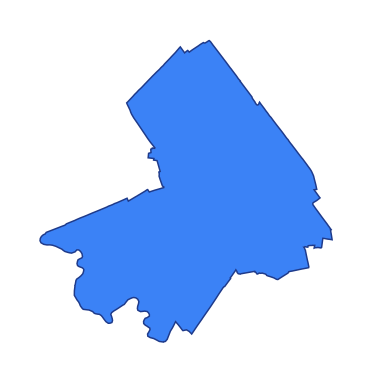 outline of Potlogi, Dâmbovita, Romania, rotated 7°
{"feature_id": "2599482B54531699533489", "entity_name": "Potlogi", "entity_type": "district", "adm_level": 2, "iso_a3": "ROU", "parent_name": "Romania", "parent_adm1": "Dâmbovita", "projection": "mercator", "projection_center": [25.597, 44.573], "detail": "fine", "context": "isolated", "style": "filled", "palette": "blue", "viewbox_px": 384, "rotation_deg": 7, "n_neighbors": 0, "source": "geoboundaries", "source_scale": "gbopen_adm2", "svg_char_len": 5818}
<svg xmlns="http://www.w3.org/2000/svg" viewBox="0 0 384 384"><g transform="rotate(7 192 192)"><path d="M182.1,344.4L182.3,343.9L183.1,343.8L183.5,343.7L183.8,343.5L184.1,343.2L184.6,342.3L184.9,341.9L185.3,341.4L187.5,332.8L189.1,329.3L189.9,327.2L191.5,322.7L194.6,325.5L196.8,327.7L199.0,330.0L199.9,330.7L203.3,329.5L206.2,330.7L209.0,333.0L210.0,331.1L213.6,324.0L217.0,317.6L217.3,317.1L217.8,316.0L224.4,303.5L228.9,294.5L231.1,289.9L234.4,283.4L235.1,282.3L236.0,281.8L239.7,275.2L240.9,273.2L240.4,272.6L241.3,271.1L244.5,265.1L245.0,263.9L245.5,264.5L246.3,265.4L246.6,266.4L247.9,267.5L250.0,267.6L250.5,267.2L263.9,263.1L264.2,263.8L264.8,263.7L265.4,264.3L266.0,264.9L266.6,265.5L267.4,265.2L267.8,264.9L268.2,264.5L269.0,264.2L269.5,264.4L270.5,264.2L271.8,263.9L272.4,264.1L273.2,264.2L274.0,264.3L274.5,264.4L275.6,264.8L276.3,265.7L277.4,266.0L279.7,266.4L282.1,266.9L283.9,267.3L286.3,268.3L287.1,268.4L287.9,268.4L288.6,267.8L292.2,264.8L297.0,260.9L297.6,260.1L297.8,259.3L299.2,258.8L300.4,258.4L300.6,258.4L310.5,255.0L313.7,254.0L317.0,252.9L317.1,252.0L316.9,251.5L316.5,250.3L315.7,247.9L314.8,245.5L311.9,236.9L311.8,236.7L311.7,236.0L311.0,235.1L310.5,234.0L309.9,233.3L310.3,233.3L310.5,233.0L310.7,232.5L311.5,232.5L312.2,232.6L313.0,232.7L313.7,232.6L313.7,231.4L314.1,231.1L316.2,230.6L317.1,230.5L317.8,230.4L318.1,230.2L318.8,230.2L320.3,230.0L320.1,232.1L320.1,232.8L321.0,232.3L322.8,232.0L323.4,231.8L323.5,231.7L326.7,231.8L327.0,231.7L327.4,231.2L327.5,222.0L329.0,222.0L330.6,222.1L332.2,222.2L334.3,222.2L336.9,222.3L335.7,218.1L334.8,215.2L334.1,212.7L334.6,212.7L334.8,212.5L333.1,210.7L332.4,209.9L331.4,208.9L330.2,207.5L324.4,201.5L316.3,192.9L314.9,191.3L313.6,189.9L313.4,189.3L313.3,188.7L313.4,188.2L313.7,187.8L314.1,187.4L315.5,186.3L316.8,185.3L319.7,182.4L319.8,182.2L319.7,182.1L319.3,181.8L319.2,181.7L312.9,174.9L313.8,174.6L314.1,174.5L314.5,174.4L315.2,174.3L315.5,174.2L314.0,169.8L311.5,163.4L310.8,161.5L310.4,160.7L308.6,157.7L307.8,156.5L306.2,154.6L303.9,152.2L303.3,151.5L297.6,145.5L297.0,145.0L294.8,142.8L291.4,139.3L289.2,137.0L287.3,135.1L285.2,132.9L284.1,131.9L282.1,129.8L281.6,129.1L280.8,128.2L279.9,127.5L278.8,126.4L274.4,121.7L273.9,121.2L272.4,119.7L270.0,117.3L268.1,115.4L267.6,114.9L264.4,111.6L262.7,109.8L261.6,108.6L260.6,107.7L260.0,107.3L258.8,106.0L257.5,104.5L255.2,102.2L253.6,100.4L249.8,96.5L248.1,94.6L247.7,95.6L247.6,96.5L247.5,96.8L247.1,97.3L246.7,97.6L246.3,97.7L245.9,97.6L245.5,97.4L244.9,96.9L244.6,96.5L243.8,95.6L243.7,95.2L241.3,92.6L240.4,91.5L239.9,90.3L236.7,87.0L228.6,78.6L226.5,76.4L226.3,76.4L226.3,76.1L226.4,75.9L224.6,74.3L224.2,74.0L223.9,73.6L223.7,73.4L223.4,73.0L222.5,72.0L221.6,71.0L217.8,67.1L215.8,65.0L214.8,64.1L211.4,60.5L209.6,58.6L207.3,56.3L206.3,55.2L204.9,53.8L201.0,49.8L197.0,45.7L195.3,44.0L194.7,43.4L194.2,42.8L193.6,42.2L192.4,40.9L192.0,40.5L191.6,40.3L191.3,40.0L190.7,39.6L190.4,39.7L190.2,39.8L188.3,41.4L187.0,42.4L186.6,42.5L186.2,42.6L185.7,42.6L185.4,42.4L185.1,42.3L182.4,44.4L180.7,46.0L178.0,48.3L174.5,51.3L174.4,51.4L172.2,53.5L170.5,52.0L169.9,52.5L167.7,54.8L162.7,49.4L161.8,50.6L160.9,52.0L159.3,54.4L158.6,55.5L157.4,57.1L154.8,60.6L154.2,61.5L151.8,64.7L149.3,68.0L148.7,68.9L148.5,69.3L148.3,69.6L147.9,70.1L147.6,70.6L147.2,70.9L146.5,71.8L145.9,72.5L145.4,73.3L144.7,74.3L143.1,76.2L142.1,77.4L138.5,82.0L137.4,83.5L135.2,86.4L132.6,89.9L131.8,90.9L131.7,91.1L129.4,94.2L129.3,94.4L129.1,94.6L127.6,96.4L126.8,97.3L125.7,98.8L125.3,99.4L124.7,100.2L123.4,101.8L122.7,102.8L121.7,104.3L120.0,106.6L117.5,110.0L117.3,110.3L116.7,111.0L116.3,111.5L117.0,112.8L120.4,118.1L121.0,119.3L121.4,120.2L122.6,122.2L125.2,125.6L130.8,131.9L135.3,137.1L141.8,144.6L144.8,147.8L148.0,150.9L149.8,152.7L149.6,153.2L149.2,153.2L148.0,153.2L148.1,153.3L146.0,154.4L145.9,154.6L146.5,157.9L144.2,158.9L144.3,163.4L147.2,163.4L150.1,163.4L150.0,165.0L153.5,165.1L157.9,175.5L156.7,176.2L157.3,178.1L157.4,180.3L158.8,183.4L161.9,189.6L164.0,190.8L163.9,190.8L163.6,191.0L159.2,192.9L154.7,194.8L149.6,197.2L147.7,195.0L147.3,195.1L144.9,197.2L129.9,208.8L128.3,206.1L126.8,207.0L125.5,207.8L118.8,211.8L116.4,213.0L115.0,214.0L112.7,215.3L111.4,215.9L110.0,216.8L109.0,217.5L108.6,217.7L108.2,217.9L107.4,218.4L96.0,224.8L88.0,229.4L86.1,230.4L83.9,231.6L80.5,233.6L79.3,234.4L74.6,237.0L71.4,238.8L71.2,238.9L70.9,239.3L70.6,239.7L70.3,240.0L69.6,240.6L67.6,241.6L56.6,247.5L52.5,249.7L52.2,249.9L51.4,251.5L49.6,252.6L48.0,254.4L47.1,256.5L47.1,258.9L48.3,260.8L51.2,262.0L54.3,262.2L57.4,261.8L59.9,261.8L63.5,262.5L67.7,263.9L69.8,264.6L71.3,265.6L73.0,266.5L76.3,267.1L78.4,267.3L80.0,267.3L83.3,265.6L84.7,263.5L86.6,263.3L87.7,263.9L89.2,265.2L90.4,266.8L91.2,269.5L90.7,270.8L89.2,271.7L87.2,273.1L86.8,274.6L86.6,277.1L87.4,279.0L89.0,279.8L92.4,280.6L93.5,281.4L94.1,282.2L94.0,284.3L93.6,286.4L92.2,288.5L90.5,290.4L88.1,292.6L87.6,294.0L87.4,298.1L87.1,299.0L87.3,299.8L87.3,304.4L87.8,308.9L91.0,313.1L92.9,315.0L94.0,316.6L95.0,318.5L96.8,320.5L98.3,321.7L100.5,321.7L104.3,321.7L108.0,322.8L109.8,324.3L111.4,324.6L112.9,324.7L115.1,324.7L117.0,325.7L118.2,326.8L120.3,329.1L122.4,331.2L124.9,332.5L126.6,332.2L128.4,331.3L128.8,329.3L128.3,327.5L127.4,325.4L126.3,323.3L126.9,321.6L128.8,319.7L131.7,317.4L134.4,315.1L137.2,312.7L138.5,311.8L140.0,309.2L141.5,306.8L143.6,305.4L145.5,304.3L147.0,303.8L149.1,303.9L151.2,305.0L152.6,307.2L152.5,309.5L152.0,312.1L152.0,314.4L152.7,316.0L155.5,317.0L158.0,316.4L159.5,316.0L162.1,316.1L163.6,317.3L164.6,318.7L164.8,320.4L162.7,322.2L161.0,323.0L160.3,324.3L159.7,326.3L160.1,328.5L161.9,329.9L163.6,330.6L165.4,331.6L166.7,332.2L167.1,333.7L166.4,335.7L165.2,338.4L165.7,340.5L168.3,341.6L171.9,342.1L174.6,343.1L177.7,344.3L181.6,344.4L182.1,344.4Z" fill="#3b82f6" stroke="#1e3a8a" stroke-width="1.5"/></g></svg>